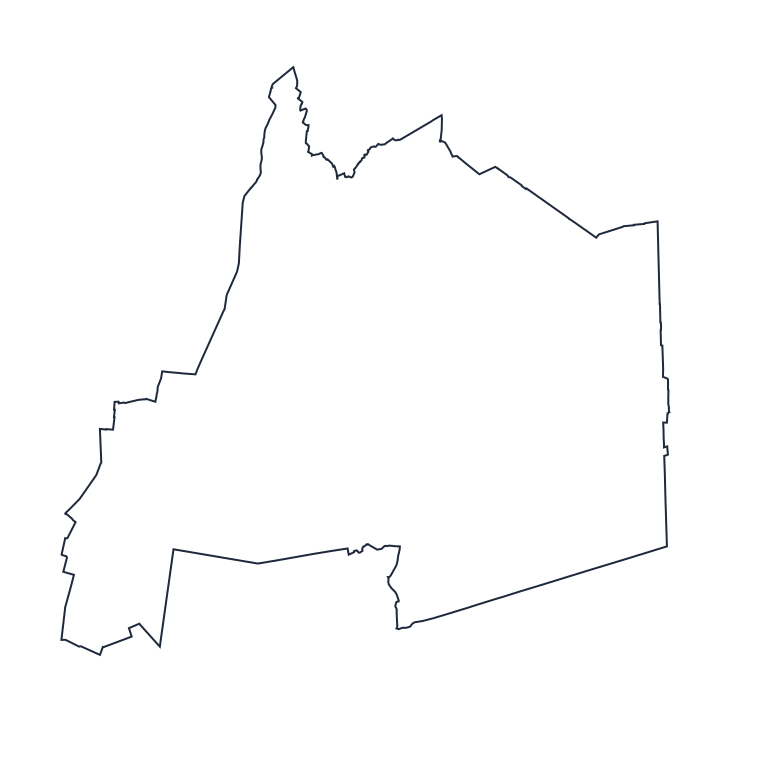 outline of Dalfsen, Overijssel, Netherlands, rotated 97°
{"feature_id": "6326949B30235192202446", "entity_name": "Dalfsen", "entity_type": "district", "adm_level": 2, "iso_a3": "NLD", "parent_name": "Netherlands", "parent_adm1": "Overijssel", "projection": "equal_earth", "projection_center": [6.266, 52.512], "detail": "fine", "context": "isolated", "style": "outline", "palette": "slate", "viewbox_px": 768, "rotation_deg": 97, "n_neighbors": 0, "source": "geoboundaries", "source_scale": "gbopen_adm2", "svg_char_len": 5979}
<svg xmlns="http://www.w3.org/2000/svg" viewBox="0 0 768 768"><g transform="rotate(97 384 384)"><path d="M80.5,512.6L99.5,530.6L100.9,531.3L104.2,531.9L104.2,531.7L104.5,532.0L106.5,532.3L106.9,532.2L113.3,533.2L120.3,525.7L123.0,525.5L130.0,527.8L135.7,530.0L140.2,531.1L144.3,532.7L146.7,533.1L150.7,533.2L153.5,532.9L155.8,533.3L156.8,533.3L158.6,533.1L163.5,533.8L166.3,534.4L169.8,533.9L174.5,532.7L178.5,532.9L180.2,533.2L181.5,533.3L183.3,533.1L187.2,532.5L188.9,532.0L190.2,532.1L191.9,532.6L194.9,533.9L195.8,534.5L196.7,534.9L196.9,534.8L199.4,535.7L200.9,536.8L205.5,539.7L205.4,539.9L214.4,545.4L220.2,546.2L221.5,546.3L265.4,543.9L281.1,542.8L282.4,542.8L290.0,543.5L291.5,543.9L314.6,550.9L315.9,551.0L328.0,551.3L329.9,551.5L330.0,551.6L330.0,551.8L331.8,552.4L382.5,568.1L392.1,571.0L397.4,572.3L398.0,584.5L398.1,590.0L398.5,601.0L398.4,601.2L398.5,605.7L404.8,605.9L406.2,606.1L413.6,608.0L414.6,608.2L419.2,608.0L422.3,608.4L422.9,608.3L425.3,608.4L425.7,608.5L429.5,608.8L427.7,618.2L427.9,618.3L428.2,618.6L428.5,620.4L428.6,621.5L429.0,622.3L429.1,623.6L430.1,627.0L434.5,638.8L434.1,639.8L435.5,644.9L434.1,645.1L433.9,645.3L434.6,649.2L442.5,648.8L442.4,648.0L449.9,648.0L449.9,647.4L462.1,647.4L462.1,647.6L462.4,647.7L462.6,654.3L463.1,654.3L463.2,660.5L496.6,655.0L497.2,655.5L508.9,658.3L510.3,658.9L535.2,672.1L546.9,681.1L550.0,683.7L551.3,684.6L551.8,684.3L551.5,683.9L551.6,683.5L555.6,677.4L557.0,676.0L558.7,673.3L575.2,679.3L575.7,679.7L575.9,680.1L575.8,681.6L592.4,683.2L592.9,683.0L593.8,678.2L594.0,678.0L594.7,677.6L595.6,677.6L609.5,679.4L611.2,668.5L624.1,670.2L644.2,673.2L677.3,673.0L676.8,669.7L676.8,669.0L677.0,668.2L681.7,654.9L681.8,654.4L681.3,653.4L681.3,652.8L687.5,632.9L679.2,631.0L679.4,630.4L679.2,630.0L665.7,604.1L665.4,603.7L657.4,607.4L651.7,597.6L652.9,596.4L653.4,595.9L672.0,574.5L573.7,572.8L577.6,487.4L571.4,466.4L561.1,432.8L555.9,415.0L551.7,400.1L557.7,398.2L554.6,393.2L553.5,393.4L552.5,391.1L552.5,390.8L553.0,390.4L553.0,389.9L554.0,389.1L554.5,388.5L554.3,387.7L554.0,387.0L552.6,385.5L552.4,385.1L551.9,385.0L551.0,385.4L550.0,385.5L547.8,384.7L547.5,383.6L545.5,382.0L545.1,381.4L545.0,380.7L545.3,380.6L545.0,380.1L545.3,379.6L546.1,378.0L549.2,370.7L549.0,370.2L548.8,369.0L548.2,367.5L548.2,367.0L547.4,365.8L546.5,365.2L544.9,363.8L544.4,362.9L544.6,361.6L543.8,359.2L543.7,356.9L543.6,355.8L543.7,354.5L543.6,352.2L543.2,348.5L546.0,348.3L549.8,348.6L552.2,349.0L557.8,349.0L561.1,349.4L563.0,349.8L573.3,354.0L574.4,354.7L575.0,355.3L575.2,355.5L575.2,356.5L576.4,355.8L580.1,355.6L582.3,354.8L585.8,351.7L588.1,348.7L589.1,347.5L590.6,346.4L592.3,345.3L596.7,343.2L597.5,342.9L598.1,343.0L598.4,344.4L599.2,345.3L602.8,345.7L603.9,345.4L604.9,344.5L606.1,344.0L606.7,343.8L607.7,343.8L611.9,343.2L622.8,341.3L624.1,341.4L625.1,341.8L625.5,339.3L623.8,336.3L623.2,332.0L621.6,328.5L618.9,326.9L618.2,326.3L617.3,325.3L616.7,324.3L614.5,316.7L610.3,306.1L606.4,297.2L594.7,270.9L594.2,270.1L583.7,246.8L580.5,239.4L573.3,223.7L562.9,200.2L556.1,185.1L543.4,156.8L525.3,115.9L523.3,111.6L520.9,106.0L520.7,105.7L510.7,83.4L463.4,90.7L439.1,94.3L421.2,97.1L420.6,95.6L419.5,93.6L414.4,94.7L411.4,95.3L412.8,98.4L409.9,98.7L403.2,99.9L397.3,100.7L388.2,102.2L387.9,98.5L378.9,99.0L379.0,98.7L376.9,97.8L376.9,97.6L376.6,97.8L371.9,98.5L371.6,98.6L370.7,98.9L369.9,99.3L362.7,100.2L355.6,100.9L355.6,101.1L355.3,101.1L354.6,101.5L345.1,102.6L344.4,103.0L344.1,103.4L342.9,108.0L334.7,108.8L312.0,112.4L311.9,112.4L311.7,113.8L296.8,116.0L296.7,115.7L292.9,116.0L289.0,116.8L289.1,117.2L271.2,119.8L271.2,120.1L189.2,132.3L192.7,144.9L193.4,145.1L195.5,155.3L196.0,155.2L198.2,165.6L198.8,166.0L209.2,188.7L211.2,190.2L212.9,191.2L200.1,215.1L197.6,220.0L197.7,220.3L197.5,220.5L197.1,220.7L173.9,263.8L172.5,266.5L172.9,266.7L173.6,266.2L170.7,271.4L170.0,271.6L163.5,283.8L163.5,285.3L163.4,285.6L161.8,287.0L156.3,297.0L156.5,297.0L154.9,300.0L164.2,314.9L154.2,331.1L151.3,335.5L149.9,338.0L149.5,338.1L148.9,339.2L149.5,342.6L150.0,343.5L146.9,345.5L145.3,346.3L137.0,352.6L136.2,355.1L135.5,357.3L136.6,357.6L136.6,357.9L135.3,358.3L133.9,357.6L124.8,357.7L113.7,358.8L110.2,359.6L115.1,366.1L116.5,367.9L117.5,368.9L139.6,397.8L140.0,398.8L139.7,399.5L140.4,400.5L140.7,401.6L140.6,402.7L140.2,403.3L140.3,403.8L139.2,405.2L140.6,406.5L143.9,410.4L146.0,412.5L146.9,415.9L146.8,417.2L146.5,419.1L147.2,419.4L149.4,421.0L149.7,421.7L149.4,423.0L150.1,424.7L150.8,426.0L151.5,426.4L152.6,426.7L153.1,427.2L153.7,428.4L153.9,428.5L154.3,428.6L155.3,427.8L158.4,429.1L158.7,429.4L158.8,429.8L158.5,430.8L159.0,431.4L159.6,431.5L160.9,431.0L161.4,431.0L161.9,431.4L162.2,432.7L162.8,433.3L163.3,433.4L164.2,433.4L164.6,433.6L165.3,434.1L165.8,434.3L165.7,434.4L166.1,434.9L166.7,435.4L167.5,435.8L168.1,435.9L169.0,436.9L169.5,436.7L170.7,437.5L171.9,438.0L173.2,438.9L174.0,439.3L174.7,440.0L177.6,439.0L181.7,440.2L182.4,440.7L182.6,440.9L183.0,441.9L182.8,442.3L182.8,443.0L182.2,444.4L182.2,444.7L183.1,445.7L183.4,446.4L183.3,446.7L182.9,447.3L183.0,447.9L179.7,449.2L183.6,455.8L185.8,455.2L185.9,455.4L183.9,456.0L181.2,456.5L179.0,457.3L177.1,458.3L175.0,459.1L173.7,460.0L174.5,460.8L171.8,462.3L171.3,462.8L167.9,467.4L168.4,467.8L168.5,468.2L167.7,469.3L166.6,470.2L165.9,471.8L165.7,471.9L165.0,471.8L162.3,473.9L162.2,474.2L162.2,474.4L163.8,476.8L165.6,482.7L166.0,483.3L164.8,483.3L164.7,483.4L162.8,487.7L161.6,487.3L157.2,487.3L155.0,489.8L154.5,490.9L152.4,491.2L142.4,491.4L142.2,490.6L138.1,490.3L136.2,490.5L136.6,491.3L136.3,493.2L136.0,493.8L134.7,495.7L134.4,496.4L134.1,496.5L133.7,496.5L132.2,495.9L130.4,495.7L129.8,495.2L122.5,493.9L121.6,493.9L120.1,495.4L122.8,500.2L122.0,500.6L120.9,500.7L117.9,500.6L116.1,500.0L115.9,499.9L115.8,499.6L114.0,499.4L113.3,500.5L111.4,503.9L110.9,504.3L110.6,504.1L110.7,503.4L104.4,502.2L101.1,507.5L98.8,506.6L94.0,507.0L92.0,507.7L87.1,509.9L81.2,512.4L80.7,512.4L80.5,512.6Z" fill="none" stroke="#1e293b" stroke-width="2"/></g></svg>